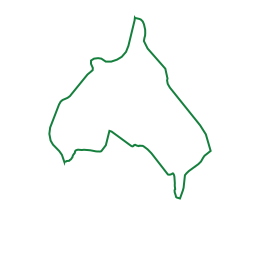 the border of Mulanje, rotated 146°
{"feature_id": "MWI-1923", "entity_name": "Mulanje", "entity_type": "District", "adm_level": 1, "iso_a3": "MWI", "parent_name": "Malawi", "parent_adm1": "", "projection": "mercator", "projection_center": [35.569, -15.908], "detail": "fine", "context": "isolated", "style": "outline", "palette": "green", "viewbox_px": 256, "rotation_deg": 146, "n_neighbors": 0, "source": "natural_earth", "source_scale": "10m", "svg_char_len": 2162}
<svg xmlns="http://www.w3.org/2000/svg" viewBox="0 0 256 256"><g transform="rotate(146 128 128)"><path d="M199.8,135.3L197.8,142.7L197.9,147.3L199.5,156.2L199.2,160.8L196.5,167.1L192.3,171.9L172.1,186.0L169.1,187.5L166.6,187.8L161.3,186.8L158.4,186.9L131.7,195.0L125.0,195.7L123.6,197.4L122.8,201.9L120.9,204.6L117.4,204.5L113.7,202.6L111.3,200.4L109.3,195.5L104.7,192.4L98.9,190.8L93.4,190.5L87.1,192.2L81.8,195.8L62.4,213.5L60.7,215.5L60.7,215.4L57.7,212.2L56.7,210.7L56.2,208.1L56.8,205.0L58.8,199.9L60.6,197.1L62.2,195.0L63.8,193.7L66.2,191.2L67.3,182.9L63.9,156.3L67.6,146.9L69.0,145.6L70.4,142.3L70.7,138.1L66.7,89.9L67.0,79.2L72.3,62.8L80.1,62.2L82.4,61.3L86.2,59.4L89.8,58.7L101.5,58.3L105.0,57.7L107.2,57.0L115.4,47.3L117.5,45.5L124.3,40.5L126.4,43.0L126.6,43.5L126.7,44.0L126.1,45.5L125.3,48.4L125.1,48.9L124.9,49.1L124.5,49.9L124.3,50.2L124.0,50.5L123.9,50.6L123.3,50.8L123.1,50.9L121.7,53.7L121.3,54.3L120.9,54.9L120.7,55.2L120.5,55.4L119.9,56.3L116.7,61.8L116.1,63.5L116.0,65.0L116.2,65.3L116.4,65.4L116.7,65.4L116.9,65.4L117.8,65.4L118.0,65.5L118.3,65.6L119.2,65.8L119.4,65.9L119.7,66.1L120.3,66.5L120.5,66.7L120.7,66.9L120.9,67.1L122.7,93.9L123.7,99.4L125.3,104.0L125.8,104.9L126.2,105.3L126.7,105.6L127.3,106.1L127.5,106.3L127.8,106.4L128.0,106.6L128.3,106.8L128.5,107.0L128.8,106.9L129.1,106.9L129.3,107.0L129.9,107.8L130.3,108.1L130.5,108.5L131.0,109.2L131.3,109.9L131.5,110.1L131.8,110.2L132.1,110.2L132.4,110.4L132.6,110.4L133.3,110.1L133.7,110.1L134.0,110.1L134.5,110.2L134.9,110.6L135.5,111.7L143.6,134.2L145.0,136.0L156.0,126.1L163.1,123.7L164.3,124.1L167.5,126.4L171.7,130.6L176.7,134.6L178.5,135.5L181.0,137.5L181.4,137.9L182.4,138.3L183.6,138.6L184.0,138.6L184.4,138.5L184.7,138.3L185.1,138.1L185.4,137.8L185.7,137.4L186.0,137.1L186.4,137.0L187.2,136.8L187.4,136.6L187.7,136.5L188.2,136.4L188.5,136.3L189.8,135.5L190.1,135.2L190.3,134.9L190.7,134.7L191.3,134.6L192.3,134.1L192.8,134.0L193.2,133.9L193.8,134.0L194.2,134.0L194.5,133.8L195.0,133.7L195.5,133.9L196.9,134.7L197.3,134.9L197.6,134.9L198.3,134.9L198.6,135.1L199.0,135.3L199.3,135.4L199.5,135.5L199.7,135.4L199.8,135.3Z" fill="none" stroke="#15803d" stroke-width="2"/></g></svg>